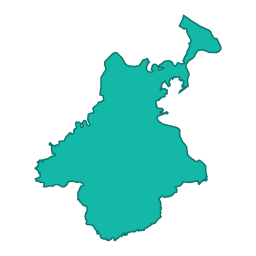 the district of Huong Tra, Thừa Thiên - Huế, Vietnam
{"feature_id": "81297802B61752422174773", "entity_name": "Huong Tra", "entity_type": "district", "adm_level": 2, "iso_a3": "VNM", "parent_name": "Vietnam", "parent_adm1": "Thừa Thiên - Huế", "projection": "albers", "projection_center": [107.492, 16.429], "detail": "fine", "context": "isolated", "style": "filled", "palette": "teal", "viewbox_px": 256, "rotation_deg": 0, "n_neighbors": 0, "source": "geoboundaries", "source_scale": "gbopen_adm2", "svg_char_len": 5797}
<svg xmlns="http://www.w3.org/2000/svg" viewBox="0 0 256 256"><path d="M138.7,231.0L139.6,230.3L141.1,230.5L144.2,230.1L144.5,228.7L146.9,227.7L148.8,226.2L150.6,225.5L151.1,224.6L151.0,223.9L152.6,223.9L155.3,223.0L155.5,222.1L156.2,221.8L157.2,220.0L161.1,216.8L160.2,214.8L160.8,213.0L160.6,212.0L160.1,211.2L160.4,210.0L161.1,209.1L161.4,207.5L160.4,206.7L160.9,204.5L160.5,203.3L160.6,202.3L159.6,199.9L158.7,198.7L158.9,198.0L160.5,197.6L161.9,195.9L164.4,197.3L165.2,197.4L167.1,196.4L167.9,197.0L168.6,196.8L170.1,195.7L171.2,196.1L173.0,194.5L174.5,192.5L176.6,192.3L176.8,189.2L175.8,187.7L176.0,186.9L180.3,185.8L182.9,182.8L183.1,181.6L187.1,182.3L190.5,182.4L197.6,180.8L198.8,184.2L199.2,184.2L199.8,182.6L200.5,183.0L201.2,181.7L202.4,181.1L202.7,180.5L203.4,180.8L204.0,179.9L204.6,180.2L205.0,179.4L205.9,179.8L206.0,180.7L207.0,179.8L206.6,179.3L206.7,178.5L205.6,178.7L205.7,177.6L206.6,177.2L207.1,176.3L206.5,175.2L205.7,171.0L205.7,166.0L203.3,163.2L199.8,160.4L199.2,160.3L196.9,161.5L195.6,161.4L190.1,157.4L188.1,155.4L187.4,153.5L186.6,147.0L185.4,145.0L182.5,141.8L180.3,137.3L179.6,134.0L179.8,129.9L178.1,128.2L176.9,127.6L162.7,124.1L159.0,121.4L157.0,118.7L157.1,117.2L158.2,116.1L164.3,113.7L166.1,113.4L167.5,113.7L167.9,112.9L167.2,112.1L166.3,112.0L163.7,113.1L160.8,113.3L160.1,112.1L160.6,111.6L161.5,111.9L161.7,111.1L162.4,111.3L163.4,110.1L162.0,108.4L158.9,108.5L157.1,107.5L156.8,106.5L156.1,106.5L156.5,104.9L155.7,102.3L156.6,100.5L159.4,100.0L159.6,98.8L160.5,98.6L161.6,97.2L164.9,96.6L164.8,94.4L166.4,94.0L167.3,93.3L166.9,91.8L167.3,90.4L164.8,88.7L162.9,89.2L160.9,89.1L160.5,90.0L160.4,89.7L160.2,89.0L160.9,87.9L161.5,87.8L161.0,87.4L162.1,84.9L161.9,83.6L162.2,82.8L163.3,82.8L164.3,81.7L164.4,81.1L164.7,81.0L168.4,86.5L170.0,85.6L169.6,84.5L170.0,84.2L168.7,81.6L170.0,80.4L170.0,79.7L171.3,78.0L172.7,79.2L173.6,77.1L174.0,77.6L177.7,76.9L179.9,77.4L179.2,79.7L180.2,79.7L180.9,80.8L182.1,80.7L182.0,79.9L182.3,79.8L182.9,80.5L183.9,80.9L183.9,82.4L183.0,83.1L183.2,85.1L182.0,85.2L182.2,87.0L185.0,86.6L185.3,86.9L179.8,91.1L179.4,92.6L188.3,85.9L187.4,81.5L187.6,78.6L189.0,74.8L189.0,73.6L186.3,67.9L185.8,65.0L188.8,60.8L192.2,58.6L194.0,57.0L196.7,51.9L197.7,50.9L199.3,50.1L201.9,49.9L205.4,50.6L208.8,52.3L215.9,52.6L218.4,51.8L220.0,50.4L220.8,49.1L220.8,46.9L216.8,38.6L215.7,39.1L213.0,36.9L212.8,36.0L211.4,34.2L211.0,32.2L209.1,30.3L200.0,26.2L191.7,21.0L183.7,15.4L182.4,20.2L179.3,25.8L184.0,29.0L186.3,28.5L187.4,33.4L190.6,39.2L191.1,42.1L190.3,42.8L188.9,43.1L189.6,45.6L189.5,46.9L186.8,52.0L187.0,53.4L184.1,58.1L184.2,59.4L183.0,60.5L183.1,61.2L184.5,62.2L184.4,63.3L181.3,64.0L178.1,62.7L177.5,63.0L176.0,65.6L175.2,65.9L173.9,65.5L172.1,62.2L170.7,61.2L168.9,60.8L165.0,61.1L159.2,65.4L159.3,66.6L159.7,67.2L160.7,67.6L162.9,67.4L163.5,68.0L160.1,69.9L158.5,70.0L158.8,68.2L157.7,65.8L155.4,64.4L153.8,64.3L152.8,65.1L152.3,66.2L151.3,69.6L151.6,70.1L153.0,70.4L153.2,71.1L152.1,72.0L150.4,72.2L147.9,71.3L147.3,70.8L146.6,69.4L146.4,68.2L146.7,66.4L148.2,63.3L149.4,62.0L148.0,60.7L147.9,59.3L147.5,58.7L142.9,60.1L141.0,63.3L138.9,65.8L134.6,66.5L131.1,66.2L127.5,65.6L126.1,64.5L125.0,63.2L122.1,58.1L116.9,52.9L114.9,52.7L112.5,53.9L105.1,61.4L104.7,62.3L104.7,64.5L106.0,69.3L105.7,70.2L104.4,71.7L102.1,75.9L101.3,76.8L101.0,78.1L101.1,87.2L99.9,94.7L103.1,95.8L103.7,100.4L100.3,102.0L98.7,102.1L98.3,102.5L97.4,104.9L94.7,106.4L92.9,108.4L93.9,112.0L92.4,113.1L90.0,113.4L88.3,114.3L87.8,119.8L89.9,124.6L88.8,125.9L87.7,125.5L86.9,124.5L86.2,121.4L85.1,120.7L83.9,120.7L82.9,121.7L82.3,123.9L82.9,124.9L83.0,126.3L82.5,127.5L81.7,127.7L80.9,126.9L80.8,124.9L81.0,123.4L78.7,122.1L76.3,122.3L75.9,122.5L75.7,123.8L76.5,127.6L76.0,128.6L74.8,128.8L73.7,130.4L74.3,132.7L72.2,134.2L71.4,134.0L71.3,133.3L69.7,132.9L67.5,135.6L66.3,136.3L64.3,140.8L61.2,141.2L59.6,141.1L59.1,141.9L58.8,144.4L58.4,144.9L57.7,145.3L56.3,144.9L55.0,146.0L53.4,145.6L51.3,144.1L50.5,143.0L49.9,143.0L49.4,143.7L49.4,144.7L51.1,145.2L51.6,146.3L51.7,150.7L52.4,153.8L53.3,154.0L54.0,153.5L54.6,153.5L55.3,154.3L55.3,155.0L53.9,155.9L50.8,156.7L50.4,157.4L49.2,157.8L47.6,159.1L46.0,158.9L44.9,159.9L43.2,159.5L42.7,160.4L43.0,161.0L42.6,161.9L41.7,161.6L41.2,160.1L39.9,160.0L39.1,160.8L39.3,161.5L37.8,161.7L37.3,162.3L37.8,162.9L38.8,163.2L38.2,165.2L38.4,166.2L37.0,166.5L36.9,167.6L35.2,168.0L35.3,168.7L36.5,169.1L38.5,171.3L38.8,173.2L40.1,173.2L40.4,173.6L39.9,174.8L40.4,176.1L40.1,176.8L38.1,177.7L37.7,178.5L35.5,178.6L35.6,179.8L36.3,180.9L36.9,181.2L38.9,181.3L40.5,182.4L43.3,182.4L43.7,182.7L44.2,183.8L43.6,186.7L45.7,186.8L49.9,185.8L53.0,186.2L55.2,184.4L58.1,184.6L62.2,186.8L64.0,186.9L66.8,185.0L67.9,182.3L70.2,181.3L74.3,181.5L77.1,182.4L79.2,181.7L83.1,183.6L83.4,185.4L81.0,186.3L80.4,187.1L78.9,190.9L77.9,192.5L78.0,197.1L78.3,198.0L77.7,199.7L79.5,200.1L80.0,202.0L81.3,202.7L83.3,205.4L86.2,206.2L86.8,206.9L87.2,207.9L87.1,211.1L85.6,213.6L85.6,215.0L85.0,216.1L85.5,217.7L85.5,219.1L86.7,220.6L86.8,221.6L86.1,222.9L86.3,223.9L87.4,224.6L90.2,224.6L92.4,225.3L93.0,225.9L94.1,227.0L94.5,228.4L96.0,229.9L96.6,231.4L97.8,231.4L97.0,232.5L97.1,232.9L97.8,233.1L97.4,233.8L98.1,233.9L99.0,233.4L100.5,234.9L100.3,236.1L100.9,237.8L103.9,239.1L105.1,238.9L105.6,239.2L106.5,238.9L106.9,240.0L107.2,239.6L108.6,240.6L111.2,239.1L111.9,237.7L112.6,237.4L113.9,238.2L114.0,239.9L114.7,240.4L115.6,240.1L115.9,239.2L116.6,239.3L117.2,238.4L118.0,238.3L118.7,237.3L120.4,236.1L122.0,236.4L121.9,235.1L122.6,233.9L124.2,235.3L125.0,235.1L125.2,234.6L124.4,233.4L124.6,232.6L125.4,233.4L126.0,234.8L126.7,235.0L127.9,232.6L128.5,232.3L129.6,232.4L130.9,231.6L132.1,231.8L133.4,231.3L134.1,232.0L135.9,230.9L136.5,229.9L137.4,230.3L138.4,229.8L138.7,231.0Z" fill="#14b8a6" stroke="#0f766e" stroke-width="1.5"/></svg>